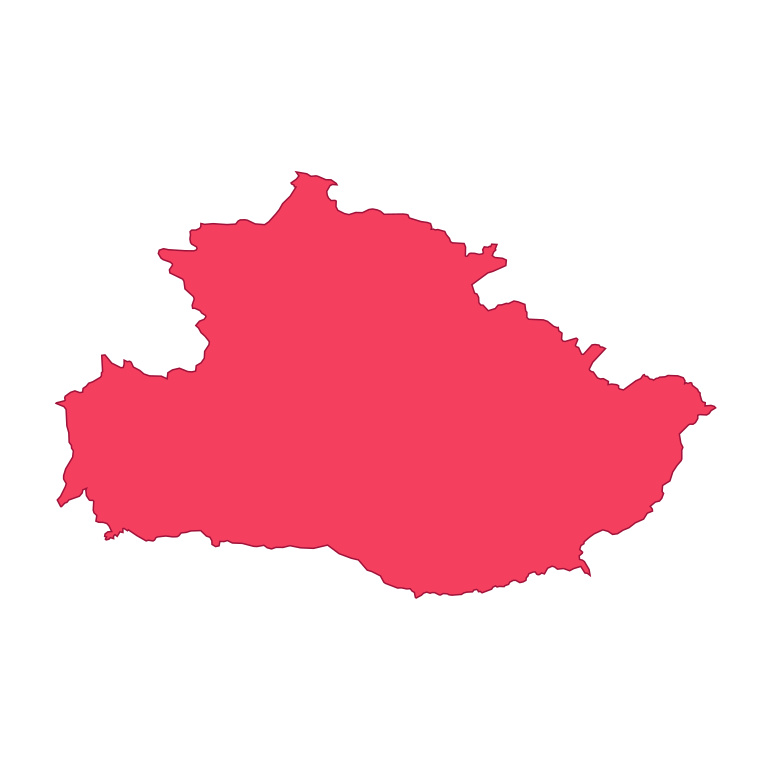 Bekily, Androy, Madagascar, rotated 268°
{"feature_id": "10022922B6580820782603", "entity_name": "Bekily", "entity_type": "district", "adm_level": 2, "iso_a3": "MDG", "parent_name": "Madagascar", "parent_adm1": "Androy", "projection": "natural_earth1", "projection_center": [45.36, -24.27], "detail": "fine", "context": "isolated", "style": "filled", "palette": "rose", "viewbox_px": 768, "rotation_deg": 268, "n_neighbors": 0, "source": "geoboundaries", "source_scale": "gbopen_adm2", "svg_char_len": 6119}
<svg xmlns="http://www.w3.org/2000/svg" viewBox="0 0 768 768"><g transform="rotate(268 384 384)"><path d="M185.5,583.3L191.4,582.5L199.5,578.1L201.0,576.2L201.9,573.3L205.5,573.1L207.9,576.2L209.0,576.6L211.8,573.8L215.7,575.2L217.4,578.2L219.3,578.5L223.8,584.1L227.0,588.9L230.6,597.6L228.9,602.8L225.7,607.2L226.2,612.1L229.6,617.8L231.8,623.8L236.5,630.3L239.9,638.7L245.7,642.6L247.6,647.9L249.6,647.8L252.5,645.8L256.6,651.1L257.4,655.2L260.0,657.6L264.9,659.6L266.7,658.2L272.9,658.9L277.2,666.4L286.0,669.5L292.5,674.1L296.9,678.2L298.7,679.0L307.6,679.3L310.3,680.5L314.5,678.6L323.7,677.4L332.7,687.1L333.2,688.7L333.0,691.4L334.6,693.9L338.5,696.4L341.8,696.5L342.4,698.5L341.8,705.3L343.2,707.9L346.0,710.0L348.6,714.6L350.1,713.3L351.2,710.1L350.9,704.1L354.2,704.4L354.9,702.1L356.3,700.9L362.1,699.5L364.0,699.6L365.5,698.0L367.7,697.2L371.9,692.1L374.3,691.5L374.7,690.2L373.9,687.8L374.7,686.0L373.9,684.5L376.7,684.9L379.8,683.3L381.9,677.9L382.6,668.1L381.4,665.2L381.2,659.7L380.3,658.2L380.1,656.2L378.4,653.5L379.2,652.5L379.7,649.7L382.4,647.6L382.6,645.3L384.3,644.5L383.9,643.3L380.5,640.8L378.4,635.8L369.7,623.1L370.9,619.1L372.1,618.3L374.1,618.4L375.2,616.5L376.0,611.5L375.6,607.9L378.7,608.4L381.7,603.5L381.5,600.3L382.7,597.5L388.7,593.6L389.2,591.7L390.6,590.0L391.8,589.7L398.4,593.3L411.7,606.6L413.3,603.5L413.4,601.6L415.4,600.2L416.1,596.2L415.8,593.2L406.7,584.4L406.9,582.5L413.7,579.7L414.6,577.4L415.9,576.6L421.6,579.2L422.3,578.8L423.1,577.7L420.2,566.5L420.6,564.4L422.5,563.0L428.6,563.7L431.1,560.5L434.5,560.1L434.3,558.9L435.7,555.6L440.9,549.6L442.5,545.5L443.7,530.8L445.6,529.1L450.7,529.3L452.1,528.2L458.6,527.6L461.5,520.7L462.4,516.7L460.0,511.3L460.3,509.0L459.0,504.5L458.9,500.8L455.5,497.8L453.6,490.7L459.3,485.8L459.6,483.4L461.9,481.7L467.3,481.6L470.7,480.0L471.6,477.7L480.2,475.3L491.4,491.6L492.8,496.8L498.1,509.9L503.6,510.6L505.5,506.9L506.6,499.0L508.6,496.7L512.0,498.1L514.1,500.4L515.2,499.9L519.5,501.8L520.0,496.5L517.6,495.4L517.9,494.1L517.1,493.1L517.1,491.8L517.6,489.0L514.8,487.3L511.7,487.9L510.6,486.8L510.2,483.5L511.4,479.2L511.7,475.2L511.3,473.7L508.9,471.7L508.7,470.6L509.3,469.8L518.0,470.3L521.6,469.0L522.7,457.2L524.0,455.4L527.1,454.5L531.2,451.4L534.3,450.1L536.5,443.2L536.2,440.6L537.1,438.7L537.0,436.5L538.9,437.2L542.7,436.1L543.9,433.0L545.0,426.8L549.1,415.0L552.0,414.0L552.6,412.8L553.2,408.9L553.6,390.0L556.8,386.5L558.3,383.2L559.3,378.7L558.9,375.0L556.0,368.5L556.4,361.7L554.5,354.9L555.7,350.4L559.2,343.9L562.9,342.2L568.5,342.6L569.2,341.5L569.2,337.5L571.6,335.2L574.5,333.9L578.5,333.5L584.2,337.0L585.2,339.4L584.7,344.0L586.1,343.3L589.9,338.2L590.2,333.0L593.8,325.4L594.4,323.4L594.1,318.2L596.8,314.2L599.0,303.6L594.9,306.2L591.8,303.6L588.2,298.1L587.2,298.6L585.8,301.1L584.4,301.3L583.9,302.9L574.9,296.8L567.8,289.0L561.9,285.4L557.9,282.0L550.2,274.6L547.4,270.3L548.5,260.8L552.5,253.1L553.0,250.4L553.0,246.0L551.9,243.8L549.0,241.4L548.8,232.6L550.2,218.8L549.8,210.3L550.8,206.6L547.7,206.4L546.0,205.2L544.4,201.4L544.5,197.1L543.0,195.5L539.8,195.8L535.8,195.1L532.2,195.6L530.5,196.7L527.6,201.4L526.1,201.9L524.5,201.1L523.7,198.4L524.1,190.0L525.7,173.5L526.9,168.4L525.6,164.1L522.3,163.0L517.6,165.5L516.0,167.6L513.2,174.7L511.3,176.7L510.1,176.7L505.6,173.5L502.5,173.9L495.8,186.5L493.5,187.7L486.0,188.4L478.0,196.6L475.6,197.3L469.4,195.0L466.3,195.4L466.2,197.8L463.8,202.6L461.2,204.4L458.7,208.0L457.3,208.4L454.9,206.5L453.2,201.7L449.0,197.9L446.4,200.6L441.8,202.9L437.9,206.9L432.4,210.9L429.4,210.5L422.9,205.9L416.0,205.3L411.6,202.0L408.9,197.0L403.5,196.2L402.8,192.3L403.3,188.3L406.9,180.1L405.5,173.1L402.8,168.4L396.8,167.4L399.6,161.7L400.3,150.0L402.4,144.4L406.1,140.4L409.7,134.1L414.6,132.1L415.6,130.6L415.3,128.2L416.9,125.1L413.0,125.0L409.6,124.0L409.5,121.5L414.4,112.6L422.8,106.2L422.5,102.9L406.3,103.2L405.0,102.0L402.2,101.9L400.6,100.8L396.3,92.9L395.1,88.9L392.2,86.4L390.1,83.1L386.4,82.5L386.0,79.7L387.9,74.8L386.6,70.5L382.9,65.0L381.3,64.4L379.0,64.8L378.4,64.2L376.6,55.9L376.1,55.5L372.6,63.3L369.7,65.4L353.3,65.6L346.2,67.3L336.8,67.3L333.4,69.5L330.8,69.5L328.1,71.2L321.8,70.3L310.3,62.9L303.6,60.6L300.2,60.5L295.5,63.0L292.4,61.9L283.0,56.8L279.5,53.4L272.8,56.6L272.7,57.4L276.1,60.8L276.8,63.0L279.1,65.0L282.5,75.7L285.7,78.6L288.7,79.3L290.1,83.1L288.1,82.3L282.8,82.7L278.6,85.2L278.0,86.0L277.8,89.1L276.9,89.8L268.0,89.0L265.4,89.7L262.6,92.4L257.0,91.3L255.8,93.9L255.5,98.6L254.2,102.2L251.8,104.2L246.1,106.7L245.9,102.9L243.9,100.0L241.4,99.5L240.8,101.4L238.7,100.1L237.9,100.9L238.5,103.7L240.0,105.2L238.9,108.4L241.0,108.3L242.6,109.4L242.7,110.1L241.0,112.0L245.5,115.0L244.7,117.9L248.6,118.0L248.8,119.0L246.3,122.5L247.2,123.4L241.0,131.9L235.5,140.8L236.1,143.1L235.2,147.7L236.1,149.3L238.4,150.7L239.1,152.5L239.7,160.6L238.6,167.5L238.6,171.9L239.5,173.7L242.2,176.0L242.6,181.1L243.9,185.9L243.9,195.7L238.2,201.2L236.9,204.7L233.3,206.5L229.7,206.5L227.4,210.0L228.0,213.5L232.4,214.5L232.1,218.6L233.0,222.1L230.4,226.9L229.7,236.7L226.3,248.1L226.0,251.4L227.0,258.4L224.4,261.6L223.1,265.9L224.5,270.3L224.2,277.3L225.7,284.4L223.2,294.9L222.2,307.9L225.0,322.0L216.0,333.2L211.0,345.3L209.1,352.3L198.6,360.7L197.0,365.3L192.4,373.7L185.8,377.0L184.7,378.5L179.6,390.5L179.7,394.2L178.4,399.6L178.5,403.1L176.2,404.7L174.6,407.1L169.6,407.9L169.0,408.7L171.6,414.0L173.6,416.3L174.5,419.4L173.3,422.8L173.9,424.7L173.7,427.5L171.3,431.9L171.2,433.2L172.5,435.7L172.1,440.0L171.1,441.5L170.6,444.5L171.0,454.1L172.4,456.4L173.1,459.4L173.2,465.2L175.0,466.7L175.4,469.3L174.8,470.4L173.1,471.2L173.3,473.0L171.9,474.7L175.2,484.4L177.1,485.7L178.3,488.4L177.2,489.9L177.7,492.1L177.3,497.0L178.2,497.7L179.4,501.5L181.5,502.7L183.2,506.2L183.2,508.7L180.8,512.8L181.4,516.1L182.8,519.0L185.5,519.5L186.9,521.1L189.3,522.1L190.9,526.6L190.8,528.7L188.6,530.0L188.0,531.3L188.2,532.8L189.6,534.9L188.6,537.7L194.2,541.1L196.0,545.6L195.3,548.0L192.9,550.9L193.3,557.1L190.9,563.0L192.9,567.1L194.8,574.3L188.1,578.2L187.7,580.6L185.5,583.3Z" fill="#f43f5e" stroke="#9f1239" stroke-width="1.5"/></g></svg>